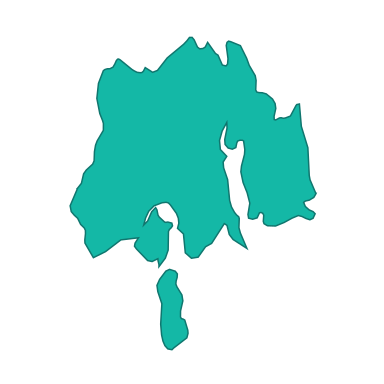 the border of Lääne, rotated 262°
{"feature_id": "EST-1661", "entity_name": "Lääne", "entity_type": "County", "adm_level": 1, "iso_a3": "EST", "parent_name": "Estonia", "parent_adm1": "", "projection": "equal_earth", "projection_center": [23.689, 58.901], "detail": "fine", "context": "isolated", "style": "filled", "palette": "teal", "viewbox_px": 384, "rotation_deg": 262, "n_neighbors": 0, "source": "natural_earth", "source_scale": "10m", "svg_char_len": 3073}
<svg xmlns="http://www.w3.org/2000/svg" viewBox="0 0 384 384"><g transform="rotate(262 192 192)"><path d="M173.3,314.6L172.8,314.3L169.7,311.9L167.6,307.0L167.3,303.1L166.2,301.1L161.9,302.2L158.0,305.5L155.7,309.2L153.3,310.9L149.1,308.2L148.1,304.9L149.9,301.2L152.5,297.4L153.9,294.0L152.2,287.5L149.0,279.0L146.7,270.0L148.1,262.0L150.6,258.9L153.0,258.5L159.0,259.8L161.1,259.1L162.1,257.5L162.0,255.9L157.3,252.9L156.6,248.3L158.2,244.4L162.0,244.3L172.9,247.7L183.6,246.5L194.3,243.9L205.2,243.2L210.8,244.6L221.9,249.2L226.6,250.2L235.4,250.2L236.2,249.1L236.6,246.7L236.1,244.3L234.4,243.2L229.9,241.6L228.8,237.9L230.5,233.9L234.5,231.4L239.3,231.7L250.5,235.6L256.0,236.1L248.3,230.4L239.2,226.4L230.1,226.0L222.5,231.4L217.3,227.0L211.5,226.7L199.3,229.0L178.4,228.1L171.8,229.0L166.0,231.2L163.1,232.9L161.0,234.8L159.2,235.1L150.1,233.5L144.6,234.2L128.5,238.5L139.2,226.1L144.7,223.0L154.1,222.0L156.2,219.6L138.4,204.3L135.9,197.8L126.6,189.0L126.5,182.2L132.7,176.9L151.7,177.7L158.0,172.6L162.9,174.6L168.0,174.8L173.0,173.6L182.2,168.8L184.5,167.1L185.4,164.9L185.5,160.7L183.6,152.5L179.0,146.5L172.7,142.4L166.0,139.6L169.5,144.1L178.0,149.3L181.6,153.8L179.2,154.8L173.9,155.1L171.8,156.0L166.0,160.7L165.6,161.8L165.6,163.9L164.0,167.7L161.2,168.0L159.5,166.5L158.0,164.4L156.2,163.2L137.8,160.3L130.2,156.4L122.7,148.9L124.6,149.2L128.7,148.8L130.7,148.9L128.7,142.8L130.3,138.5L143.3,129.1L146.3,127.5L149.3,128.5L154.1,132.6L154.5,114.9L145.0,98.1L140.7,85.2L156.3,78.9L159.5,79.2L165.5,80.7L168.9,81.1L171.4,80.3L175.4,77.2L181.9,75.1L185.4,72.2L189.4,69.7L195.3,69.4L210.4,78.5L211.3,78.6L211.4,78.9L216.0,83.7L225.1,87.2L228.5,90.4L233.4,97.5L236.5,99.4L245.5,101.0L251.8,103.0L255.8,105.2L265.4,112.8L272.2,113.8L275.1,113.4L282.5,111.6L297.9,110.8L312.6,114.5L324.5,121.1L325.4,122.8L325.8,125.3L325.5,127.8L326.6,131.1L329.5,133.4L332.7,135.4L333.9,136.8L333.9,137.8L333.0,139.1L321.8,149.5L320.1,151.5L318.2,154.2L317.3,157.5L317.3,159.1L318.4,160.7L321.7,163.0L316.0,169.7L317.2,174.7L328.3,186.2L339.4,204.2L342.5,208.1L345.4,211.0L345.1,213.6L342.4,215.3L334.7,217.6L332.7,219.6L332.6,222.9L333.7,225.3L338.0,228.3L325.9,234.5L323.9,236.8L313.5,239.7L312.1,243.2L313.7,245.0L319.0,246.2L332.3,246.3L335.3,247.5L336.3,249.2L335.5,251.2L330.2,260.3L316.9,264.7L309.4,266.3L298.4,270.8L293.6,271.0L284.1,269.3L281.9,270.1L281.1,272.2L280.5,275.4L278.8,279.2L272.8,284.7L268.0,286.6L263.1,286.6L255.5,283.8L252.3,283.5L251.7,284.8L252.3,286.7L252.9,288.1L253.2,289.3L253.1,290.7L252.3,292.7L252.3,294.7L253.5,300.0L263.0,306.9L264.0,307.9L264.2,310.6L241.8,309.4L219.7,312.9L192.0,310.4L187.6,310.6L173.5,314.4L173.3,314.5L173.3,314.6ZM110.0,147.8L117.3,155.1L118.5,159.0L115.9,164.4L112.9,166.1L109.5,165.4L106.1,163.9L103.1,163.2L100.1,163.9L91.4,167.7L85.5,167.8L75.8,164.1L69.8,163.2L68.1,163.9L67.4,165.5L66.2,167.0L55.7,168.6L52.6,168.4L48.3,166.6L40.1,152.2L38.6,150.2L40.0,146.2L43.6,143.8L48.4,142.5L54.7,142.0L65.5,142.6L85.5,146.6L98.0,144.3L104.4,144.3L110.0,147.8Z" fill="#14b8a6" stroke="#0f766e" stroke-width="1.5"/></g></svg>